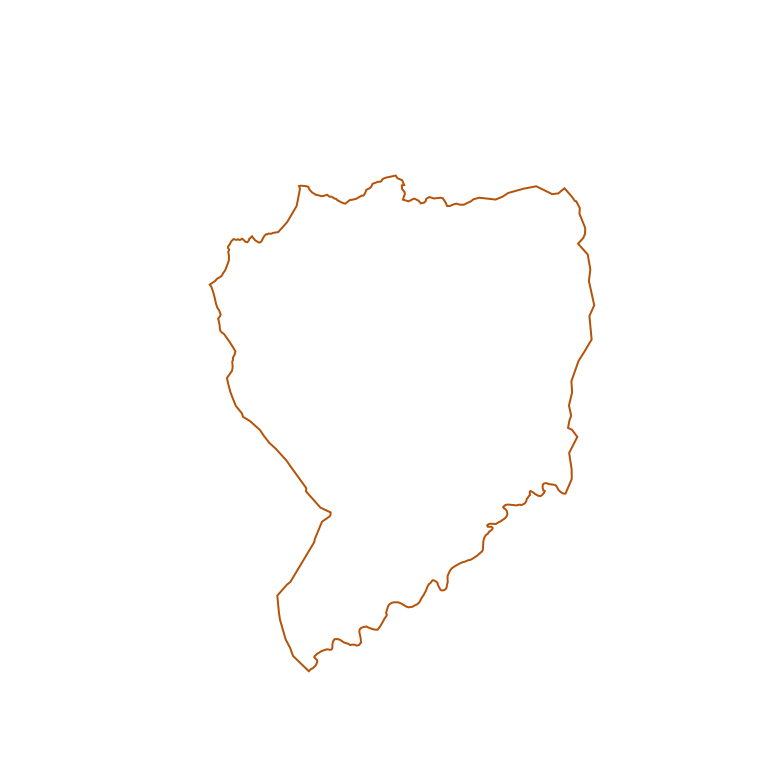 Villa Hidalgo, Oaxaca, Mexico, rotated 221°
{"feature_id": "50627088B9411614627727", "entity_name": "Villa Hidalgo", "entity_type": "district", "adm_level": 2, "iso_a3": "MEX", "parent_name": "Mexico", "parent_adm1": "Oaxaca", "projection": "albers", "projection_center": [-96.166, 17.184], "detail": "fine", "context": "isolated", "style": "outline", "palette": "amber", "viewbox_px": 768, "rotation_deg": 221, "n_neighbors": 0, "source": "geoboundaries", "source_scale": "gbopen_adm2", "svg_char_len": 5854}
<svg xmlns="http://www.w3.org/2000/svg" viewBox="0 0 768 768"><g transform="rotate(221 384 384)"><path d="M175.1,420.4L180.0,435.5L186.2,442.5L199.1,453.5L203.4,470.9L212.2,472.8L216.3,471.6L220.1,478.1L222.0,482.9L230.3,489.1L236.6,501.2L244.3,508.9L244.4,509.1L244.6,509.6L252.3,529.0L254.1,540.7L256.5,553.8L273.6,570.1L277.0,581.4L296.9,596.1L303.4,605.8L315.2,615.4L329.6,617.2L329.4,624.9L330.8,629.2L334.4,633.7L348.3,640.8L351.6,645.2L358.8,648.0L360.1,647.4L365.6,648.7L376.2,650.1L377.5,642.2L381.7,637.6L398.8,633.1L406.6,623.2L410.5,617.4L415.6,609.6L417.4,603.2L420.8,596.4L434.3,587.1L437.7,582.1L438.3,578.7L439.8,575.6L441.4,571.6L444.4,569.1L447.7,567.6L449.4,565.1L451.2,561.3L453.3,559.7L456.1,561.2L461.5,562.8L463.5,561.7L468.0,556.8L472.5,554.8L473.6,551.3L472.6,549.7L472.7,547.2L474.7,544.5L478.2,545.0L482.7,543.9L483.7,542.0L484.4,540.2L485.3,538.0L486.4,537.5L490.6,535.6L491.6,537.6L492.8,540.9L494.1,542.2L496.2,542.7L498.3,543.0L500.9,545.6L499.3,547.4L504.0,549.7L508.9,548.1L511.9,549.0L518.2,540.6L519.3,538.4L519.5,537.4L519.1,535.4L519.5,534.3L521.2,532.6L524.0,527.5L523.0,524.7L523.3,522.3L524.7,519.0L523.4,515.5L523.1,512.6L524.4,511.5L526.6,505.3L528.5,502.7L530.5,500.3L531.5,494.7L534.1,493.5L539.7,492.1L541.7,492.3L542.7,491.6L544.5,491.3L546.5,491.0L548.1,489.6L551.0,489.5L553.5,485.6L555.0,484.4L556.9,483.6L558.3,482.8L559.9,481.9L560.7,482.0L562.7,481.6L563.6,481.5L564.2,481.4L566.8,481.7L568.6,482.0L570.4,483.2L573.5,481.6L576.5,479.4L578.0,477.7L575.4,476.1L566.7,461.0L563.3,442.6L563.5,429.3L566.9,425.2L567.8,423.2L569.7,422.0L570.3,420.3L571.2,419.8L571.4,416.8L570.9,414.5L570.2,411.7L570.2,409.9L571.2,408.7L575.4,407.9L579.0,408.5L580.5,408.9L580.7,405.9L581.0,405.4L580.0,403.0L580.2,401.4L581.9,400.4L584.0,400.6L586.4,400.6L587.2,398.1L589.1,397.4L590.0,395.9L592.6,394.7L592.8,392.4L592.9,391.2L592.3,389.2L592.0,388.0L592.0,386.9L591.6,384.9L590.8,384.3L588.8,383.7L588.1,381.3L585.2,379.1L582.2,375.6L579.4,368.3L578.4,365.3L578.2,362.3L577.7,360.2L577.4,359.1L577.9,357.2L579.1,353.7L579.0,351.1L579.7,348.4L580.7,344.7L578.1,344.1L573.7,341.6L570.8,339.7L567.1,337.1L563.8,334.6L560.0,332.3L556.4,331.3L554.9,330.4L552.9,329.3L552.2,327.4L552.1,324.5L551.1,323.9L546.7,320.6L543.9,317.8L541.8,316.5L537.3,316.7L528.4,314.5L522.4,312.8L517.5,311.1L516.2,308.5L515.2,304.7L513.8,303.0L513.1,301.2L509.5,297.7L507.4,294.4L506.8,288.8L506.4,285.4L502.5,282.5L494.9,277.3L490.7,275.0L481.3,270.2L471.8,268.6L469.0,266.7L460.7,268.1L447.5,267.9L440.8,266.1L431.9,264.3L422.8,264.1L407.2,262.2L400.1,260.4L374.3,254.4L372.5,251.8L371.6,251.7L350.8,249.0L340.0,252.1L338.4,249.9L338.2,248.5L338.9,245.3L340.2,240.6L340.4,239.2L334.3,221.0L333.0,219.3L324.8,173.2L325.6,168.9L325.7,154.3L313.4,142.6L307.9,137.9L290.6,126.7L281.8,123.3L274.3,119.1L252.3,117.9L252.1,120.9L251.3,122.7L251.0,125.1L251.0,126.3L251.1,127.8L251.6,129.0L252.0,130.2L252.5,131.2L253.8,131.8L255.0,131.8L256.0,131.8L257.4,132.1L257.6,132.4L257.8,133.3L257.6,134.6L257.5,136.4L256.8,138.5L256.3,140.0L255.9,141.5L255.2,142.6L254.3,144.4L253.4,145.8L252.2,147.0L250.7,147.7L249.6,148.8L249.4,149.9L250.0,151.1L251.9,153.4L253.1,155.3L253.7,157.0L253.9,158.9L252.8,160.0L251.8,161.0L250.6,161.6L248.8,162.2L246.9,162.4L244.5,162.7L240.3,164.6L238.4,164.7L236.7,166.7L235.2,168.0L232.9,168.7L231.7,170.5L231.7,173.9L235.5,177.4L239.9,180.6L241.3,182.6L241.3,184.8L240.2,186.8L239.8,187.7L238.9,188.4L238.3,189.4L237.0,189.6L235.6,190.1L234.3,190.5L232.9,191.1L231.6,191.8L229.9,192.5L228.9,193.3L227.7,194.4L227.8,196.5L227.8,198.3L229.1,204.6L229.3,205.6L229.7,207.2L229.8,208.7L230.0,210.8L230.4,211.6L231.8,212.3L232.5,213.0L233.1,214.4L235.0,218.7L235.4,220.1L235.3,221.7L234.7,223.7L233.3,225.8L231.7,227.1L230.4,228.3L228.7,229.1L226.6,229.7L224.2,230.1L221.4,230.6L219.2,231.4L218.0,232.7L216.4,234.5L215.5,237.2L214.3,239.8L214.2,242.7L214.4,243.8L215.2,247.1L215.7,250.8L216.2,253.1L216.7,255.3L217.3,257.2L218.0,258.6L218.3,259.9L218.8,262.4L218.6,263.2L218.4,264.0L218.4,264.9L218.5,266.2L218.6,267.0L218.5,267.8L217.7,268.4L216.1,268.9L214.7,269.0L213.1,269.0L212.2,268.3L211.4,267.7L210.3,267.2L209.1,266.8L207.7,266.2L206.4,265.7L205.7,265.8L205.2,266.0L204.5,266.5L203.7,267.4L203.2,268.4L203.0,269.5L203.0,271.0L204.7,273.8L205.4,275.2L206.1,276.5L207.9,278.3L210.1,280.9L210.7,282.8L211.4,285.1L211.8,287.1L211.9,289.4L210.7,293.8L209.3,297.7L208.1,300.5L206.9,302.2L205.8,304.1L205.1,305.8L203.4,308.0L202.2,311.4L201.8,313.1L201.1,315.2L200.8,317.8L200.3,321.3L200.3,322.6L200.5,323.4L201.2,324.5L202.3,326.0L205.0,329.4L206.1,330.9L206.7,332.1L207.4,333.5L207.7,335.0L207.9,335.8L208.0,336.7L207.7,338.0L207.4,338.7L207.4,339.6L207.8,340.8L207.7,341.7L207.4,342.8L207.1,343.9L207.0,345.0L207.2,346.1L207.7,346.6L208.2,346.8L209.1,346.8L209.8,346.3L210.4,345.7L212.0,344.4L212.9,344.6L213.4,345.2L213.0,347.0L212.3,348.1L211.0,349.2L207.7,351.8L206.6,355.5L205.9,356.6L205.6,358.1L204.7,361.6L204.5,363.8L204.9,365.4L205.6,366.8L206.7,367.8L207.6,368.4L208.7,368.9L210.8,369.2L212.3,368.9L212.8,369.0L213.3,369.3L213.2,370.3L213.2,371.2L212.9,372.4L212.0,373.7L210.7,374.9L204.6,379.1L203.9,379.9L203.2,381.1L202.2,382.1L201.0,382.8L200.3,383.8L200.0,384.8L199.5,386.1L199.5,387.4L199.7,388.7L200.4,390.1L200.8,390.8L200.9,391.7L200.9,392.8L201.2,395.5L201.0,396.1L201.9,396.8L203.2,398.1L203.4,398.8L203.0,399.5L199.0,400.2L197.7,400.1L194.9,400.7L193.6,401.2L192.7,401.8L192.2,402.4L191.9,403.8L191.8,406.2L192.0,407.4L192.2,408.4L192.5,408.7L193.2,408.6L193.9,408.2L194.6,408.8L195.9,409.4L197.0,410.7L198.1,412.2L198.1,413.2L197.8,414.1L196.5,415.6L195.3,416.3L194.2,416.4L193.7,416.8L188.9,419.9L188.2,420.1L187.2,420.2L185.3,419.4L184.6,419.2L182.6,418.5L181.3,418.4L179.4,418.4L178.3,418.6L177.4,418.8L176.7,419.1L176.0,419.5L175.1,420.4Z" fill="none" stroke="#b45309" stroke-width="2"/></g></svg>